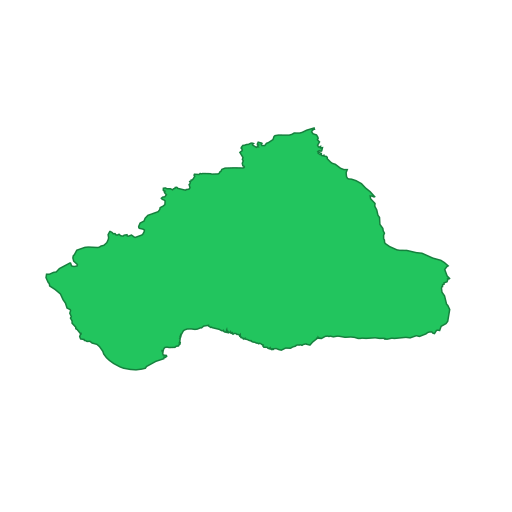 outline of Foro, Semenawi Keyih Bahri, Eritrea, rotated 102°
{"feature_id": "51966322B48521373855800", "entity_name": "Foro", "entity_type": "district", "adm_level": 2, "iso_a3": "ERI", "parent_name": "Eritrea", "parent_adm1": "Semenawi Keyih Bahri", "projection": "equal_earth", "projection_center": [39.538, 15.185], "detail": "fine", "context": "isolated", "style": "filled", "palette": "green", "viewbox_px": 512, "rotation_deg": 102, "n_neighbors": 0, "source": "geoboundaries", "source_scale": "gbopen_adm2", "svg_char_len": 6128}
<svg xmlns="http://www.w3.org/2000/svg" viewBox="0 0 512 512"><g transform="rotate(102 256 256)"><path d="M262.4,404.1L265.9,405.1L268.6,404.0L270.3,403.9L274.0,404.7L277.2,407.0L278.5,409.7L280.0,411.1L280.6,412.6L282.1,421.8L283.1,425.1L287.6,432.5L292.4,433.9L293.9,434.8L296.0,434.7L298.9,433.3L301.5,428.9L303.0,429.0L304.1,431.7L304.2,433.8L303.7,434.6L301.5,435.9L301.5,436.5L309.2,445.7L313.2,448.1L314.1,450.6L316.8,454.3L317.4,457.1L320.8,456.9L325.2,453.7L325.9,452.5L328.2,451.6L330.5,445.6L333.8,439.4L338.9,435.6L341.7,432.6L346.2,430.0L347.1,426.5L347.9,426.0L350.7,426.2L353.8,424.0L355.3,424.6L357.7,422.4L360.0,421.9L363.1,417.5L364.6,417.1L365.1,415.6L368.1,412.0L368.0,411.1L368.8,410.9L369.6,411.5L371.5,411.7L373.6,410.3L373.4,406.8L374.3,406.3L374.2,405.0L374.7,403.5L374.0,400.6L375.2,398.3L375.5,393.2L377.2,390.2L381.1,386.0L383.5,384.6L386.5,381.2L388.6,377.7L390.7,373.0L392.7,366.1L393.3,362.3L393.1,355.5L392.3,349.7L390.4,344.3L388.8,340.9L386.8,340.1L379.9,332.1L375.6,324.8L373.9,324.8L374.1,323.7L372.7,322.5L371.9,323.0L372.2,326.1L370.7,327.0L369.3,327.0L369.2,327.6L368.4,328.2L368.0,328.2L368.0,327.1L365.8,326.9L364.4,326.1L363.6,324.1L363.6,321.9L362.2,316.3L360.9,315.3L360.1,313.1L359.4,313.1L358.2,312.1L357.0,312.1L356.9,312.9L356.1,312.3L355.7,312.8L352.6,313.0L352.4,313.5L350.9,312.8L350.5,312.8L350.3,313.4L350.6,313.5L350.3,313.6L349.5,313.0L349.3,313.9L349.2,313.0L348.2,313.3L348.0,312.6L344.6,311.6L343.3,310.7L341.7,308.1L340.8,304.4L340.5,300.5L339.7,298.2L337.8,295.4L337.6,294.3L335.5,292.7L333.7,288.2L334.2,288.2L335.3,285.3L334.8,284.6L335.2,283.9L335.4,276.7L336.2,273.9L335.9,273.0L336.2,272.3L335.8,272.3L336.7,271.3L336.9,270.2L336.5,269.9L336.9,268.4L336.7,267.9L335.9,268.0L335.3,269.0L334.5,269.4L334.0,269.3L335.2,268.8L335.6,267.7L336.3,267.1L336.4,267.5L336.8,267.5L336.9,267.0L336.2,266.3L336.3,265.2L335.9,265.1L336.6,264.8L336.7,263.7L335.2,263.5L336.9,263.0L337.3,262.2L336.3,261.3L336.0,259.4L336.7,258.3L336.4,257.5L336.8,255.5L336.1,255.1L336.9,254.9L337.2,255.6L337.9,255.2L338.4,253.6L338.9,253.7L339.1,251.7L339.7,251.2L339.3,251.0L339.5,250.4L338.9,249.7L339.5,249.6L339.5,247.1L340.1,244.8L339.8,243.1L340.4,242.9L340.8,241.0L340.6,239.2L341.1,237.6L340.9,236.3L341.3,235.0L340.7,234.6L340.7,233.2L341.4,231.8L341.6,230.4L342.2,230.5L342.5,229.8L342.5,230.5L342.8,230.4L343.6,229.3L343.0,226.0L343.7,225.3L343.9,224.1L342.8,223.1L344.0,222.7L343.6,222.1L344.3,221.3L344.0,220.3L343.6,220.5L343.6,219.8L343.2,220.0L342.3,217.0L342.8,214.1L342.8,211.6L339.9,207.9L339.0,203.0L337.4,201.3L335.9,198.5L335.1,198.2L334.3,196.7L334.2,195.2L333.6,194.4L333.8,192.4L332.7,191.3L331.5,188.7L331.8,188.4L331.9,184.7L328.5,182.8L324.0,179.1L323.5,180.0L323.8,178.9L323.6,178.4L322.6,178.4L323.0,178.0L323.0,176.9L323.4,177.2L323.1,174.9L320.1,171.4L319.4,169.1L319.6,167.9L318.9,166.7L319.0,163.5L317.5,159.9L317.2,158.1L317.0,152.0L315.5,146.5L315.1,142.7L315.4,139.0L315.0,137.0L314.3,135.3L313.7,131.2L311.2,122.4L310.9,118.0L309.9,113.7L309.9,111.7L310.2,113.3L310.5,112.9L310.0,110.2L308.1,106.0L307.9,103.6L304.4,92.5L304.0,88.2L300.6,82.6L300.7,79.4L296.8,73.5L295.2,72.2L294.3,70.6L293.7,68.3L294.7,66.9L294.8,65.3L291.3,64.0L290.7,62.8L290.7,60.9L286.3,60.3L282.6,56.1L280.0,54.9L268.1,55.4L264.5,58.1L263.5,59.6L255.8,63.3L252.7,66.6L248.9,67.9L247.3,67.8L247.1,67.2L245.2,67.5L244.5,66.2L243.2,66.5L241.5,63.8L239.1,63.5L238.7,63.8L238.4,63.0L237.7,63.2L238.0,62.2L237.7,62.0L235.8,64.9L230.0,68.6L226.9,67.2L225.7,66.0L223.3,70.3L221.8,74.3L221.3,82.6L218.8,94.2L219.4,99.9L219.2,109.7L220.6,116.7L220.7,119.4L219.0,127.3L217.0,132.0L216.1,133.0L213.7,133.7L212.7,134.7L209.2,135.5L207.0,135.1L205.0,136.8L202.6,137.7L199.3,141.4L192.6,143.2L190.8,145.2L185.8,147.5L182.6,150.2L179.9,150.5L176.2,155.8L173.5,156.8L173.3,155.5L173.7,152.8L173.3,152.3L169.3,157.8L166.7,163.0L163.3,167.9L161.5,173.9L161.0,178.5L161.4,181.6L161.0,182.7L159.5,184.0L155.7,185.2L152.5,184.7L153.2,188.0L152.6,191.6L149.8,197.5L149.5,200.6L148.7,202.5L146.0,206.6L144.7,206.8L144.0,207.8L144.2,210.1L143.3,210.5L144.0,211.5L144.1,212.6L143.8,213.1L142.1,213.4L142.1,214.0L143.1,214.0L143.4,214.6L142.4,216.7L142.0,216.7L141.5,215.7L140.9,217.2L140.2,216.6L139.8,215.9L140.0,214.2L139.5,213.6L136.2,213.5L136.9,215.3L135.4,215.6L136.3,216.7L136.4,217.5L134.8,218.8L131.2,217.6L129.6,220.1L127.9,219.7L126.8,220.3L125.0,222.0L124.6,225.6L123.1,227.3L122.1,227.3L121.2,226.6L120.4,227.1L119.9,225.2L118.7,225.8L122.4,232.6L125.5,236.6L126.7,238.9L127.8,244.3L129.5,246.1L130.9,248.7L133.1,259.3L134.3,262.4L135.3,263.2L138.6,263.6L142.5,267.4L143.6,269.2L146.2,270.4L146.8,273.2L145.7,274.0L144.8,273.5L144.4,273.8L144.2,277.5L146.3,278.0L146.9,276.6L148.1,277.4L148.8,276.6L149.0,277.7L149.7,278.2L148.2,282.4L147.5,282.7L146.5,281.9L146.4,283.2L146.6,284.3L148.4,286.6L148.9,288.4L150.2,290.5L150.5,291.8L152.5,292.8L153.3,292.4L153.6,292.9L154.8,291.6L155.9,291.5L158.0,293.3L162.4,289.2L164.4,289.4L165.6,288.2L168.2,288.7L170.5,287.6L170.8,286.3L171.4,285.9L172.1,286.1L172.7,287.3L174.3,295.6L176.5,304.6L178.4,307.4L180.6,308.0L181.2,308.8L182.8,309.2L183.6,310.1L185.1,316.1L185.0,317.9L186.4,325.3L187.0,326.4L186.9,327.8L188.1,328.6L188.8,333.2L189.8,333.4L190.7,332.5L192.9,333.2L194.7,334.0L195.2,335.2L196.0,335.1L196.9,336.3L197.7,335.6L199.1,335.6L200.0,336.3L203.0,334.7L204.7,335.6L205.5,338.1L206.3,338.5L206.1,346.7L205.4,347.4L205.3,348.0L205.8,349.3L206.6,349.3L207.5,350.7L208.6,351.3L208.0,353.8L208.7,357.0L208.3,358.9L209.0,360.7L210.9,360.4L211.5,358.5L212.3,359.1L213.7,357.9L214.7,356.4L217.1,357.5L217.7,359.4L219.2,360.6L220.1,359.4L220.2,358.0L221.1,356.3L224.7,355.8L226.5,357.2L228.6,359.8L230.6,359.8L233.0,360.9L238.7,370.2L242.1,372.3L245.1,372.8L247.9,376.2L251.5,376.9L252.7,376.5L253.2,375.8L253.2,372.4L253.7,370.6L255.3,370.4L258.1,371.2L259.2,372.0L262.9,377.9L262.9,378.8L261.4,382.2L263.2,385.0L263.2,386.1L262.0,386.6L263.1,389.4L264.0,389.9L264.3,391.1L264.3,392.6L263.2,394.5L264.4,396.0L264.4,397.5L263.4,398.5L263.9,400.3L263.0,401.5L262.3,403.7L262.4,404.1Z" fill="#22c55e" stroke="#15803d" stroke-width="1.5"/></g></svg>